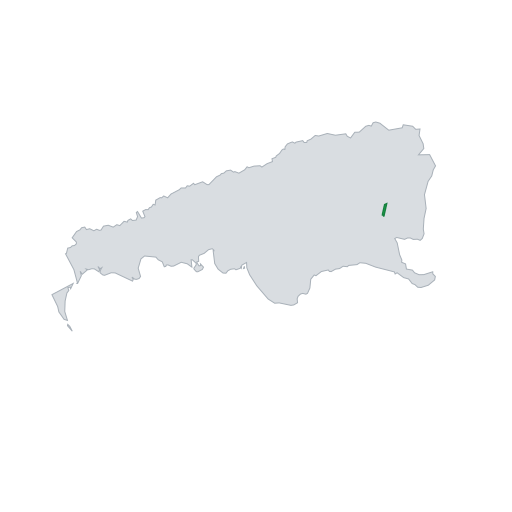 Chacabuco, Chaco, Argentina shown in context, rotated 65°
{"feature_id": "61730980B10302759212435", "entity_name": "Chacabuco", "entity_type": "district", "adm_level": 2, "iso_a3": "ARG", "parent_name": "Argentina", "parent_adm1": "Chaco", "projection": "albers", "projection_center": [-61.358, -27.089], "detail": "fine", "context": "in_parent", "style": "filled", "palette": "green", "viewbox_px": 512, "rotation_deg": 65, "n_neighbors": 0, "source": "geoboundaries", "source_scale": "gbopen_adm2", "svg_char_len": 4409}
<svg xmlns="http://www.w3.org/2000/svg" viewBox="0 0 512 512"><g transform="rotate(65 256 256)"><path d="M309.0,159.6L306.0,164.7L306.5,168.1L303.7,176.0L304.3,177.7L302.1,181.4L302.7,185.6L301.5,189.5L301.9,194.5L301.0,196.0L299.2,196.4L297.7,203.3L299.2,210.0L297.8,211.3L300.2,216.2L307.8,220.7L311.6,225.1L311.7,226.9L309.6,229.5L309.3,231.8L310.3,234.9L312.2,236.8L315.9,238.1L316.3,242.5L315.5,245.2L308.3,254.8L306.7,259.0L300.1,263.2L283.3,267.9L270.3,269.7L262.8,269.3L257.9,267.3L258.3,272.8L260.8,274.4L259.5,274.5L260.5,275.5L260.0,280.0L258.5,280.9L257.3,284.6L257.5,287.8L258.9,290.5L257.5,293.1L251.9,295.9L245.4,296.6L233.1,292.6L233.5,291.9L232.9,291.7L230.9,292.6L230.2,296.3L231.7,301.9L231.4,306.9L232.2,308.4L236.6,310.2L236.4,312.2L237.8,312.3L240.9,311.8L241.3,310.2L239.7,309.7L243.9,308.3L245.5,310.3L245.7,315.4L245.0,316.7L241.7,317.7L240.8,317.5L238.8,314.0L237.2,313.3L232.5,315.3L232.0,316.4L239.0,318.8L234.0,321.6L230.1,326.4L230.3,334.9L229.4,337.3L226.8,339.6L226.3,341.2L227.3,342.1L227.0,343.7L221.7,343.4L218.1,346.2L214.7,347.2L208.9,357.0L210.0,361.5L217.2,367.9L225.8,369.3L227.0,371.5L226.7,374.1L225.8,375.7L222.7,377.3L225.4,377.2L226.6,378.5L211.8,390.8L210.0,394.3L209.5,401.4L208.4,402.9L205.3,404.4L203.2,403.1L201.4,400.6L201.6,402.7L198.7,403.7L202.2,403.5L203.9,405.1L199.3,408.0L198.1,410.3L197.7,413.5L196.0,415.5L197.4,415.0L199.1,421.2L195.5,421.8L200.0,422.6L205.5,429.3L205.1,429.9L204.9,429.2L191.4,426.8L173.5,427.7L173.6,426.8L169.3,423.3L169.9,420.5L169.1,418.3L169.8,416.1L169.0,413.6L167.4,412.9L161.8,414.9L158.0,408.3L157.9,404.5L156.7,402.1L157.4,399.0L160.4,398.5L161.0,395.2L164.6,392.3L164.4,389.1L166.6,387.1L167.0,385.5L164.5,381.6L165.7,376.9L169.5,373.2L168.8,368.9L170.9,366.6L168.8,360.9L170.9,358.3L169.6,357.0L169.4,353.9L171.6,353.0L172.8,349.5L170.3,346.7L166.0,346.1L165.6,344.6L173.2,343.8L174.0,341.3L173.4,340.0L167.5,339.7L167.3,336.4L168.4,334.2L167.2,332.1L167.4,330.1L165.7,327.3L167.1,325.9L163.0,323.2L162.6,318.2L163.4,316.9L162.6,314.3L165.9,311.5L163.9,306.8L163.5,297.5L162.7,295.1L164.6,291.1L163.3,288.7L164.7,286.6L163.7,281.9L165.5,281.4L166.2,273.0L170.6,270.2L171.4,268.5L167.5,258.3L167.5,254.3L166.7,252.6L167.3,250.2L166.3,246.9L167.4,242.8L170.5,240.9L170.6,239.5L173.7,236.5L173.1,229.8L171.4,226.4L173.0,225.1L173.7,219.8L175.9,214.2L177.9,213.1L177.0,206.9L177.4,201.2L174.6,200.4L174.9,196.4L173.9,195.4L173.0,191.3L170.9,187.7L170.6,186.0L171.6,184.8L169.4,183.5L167.7,180.2L167.8,177.0L168.0,174.8L170.2,173.1L169.7,171.6L171.2,164.9L173.5,164.4L174.5,162.0L173.2,160.9L173.3,156.9L171.8,151.4L173.8,148.4L175.1,139.6L180.1,133.0L183.2,123.0L186.1,122.7L189.0,120.4L185.6,114.2L187.4,110.1L184.8,101.7L185.3,98.5L187.0,96.6L184.7,93.5L185.2,90.8L188.0,87.6L198.1,82.5L201.6,69.3L199.3,67.1L204.6,59.2L208.7,57.7L210.2,53.7L215.7,57.3L224.9,57.1L229.5,58.5L233.0,66.0L237.5,55.8L250.2,55.2L252.8,58.9L257.7,62.9L261.1,68.5L271.6,77.4L284.8,81.7L292.9,87.8L302.3,93.0L306.9,94.3L310.4,97.9L311.2,100.6L309.0,102.6L307.4,106.5L304.8,108.6L303.7,111.1L303.7,114.3L298.7,120.6L298.8,122.9L303.8,122.5L315.6,125.3L321.3,125.5L323.2,126.7L326.4,123.8L331.4,125.2L334.9,120.2L338.2,119.4L341.9,116.1L343.8,111.8L345.0,102.5L346.9,103.3L350.3,102.1L353.2,104.2L355.3,112.2L354.3,119.7L352.7,122.6L349.0,124.1L347.0,126.1L341.3,127.4L338.0,131.3L330.8,135.2L331.1,137.5L328.9,137.3L316.6,152.3L309.0,159.6ZM204.8,457.3L203.6,433.3L207.3,437.8L205.6,437.6L205.2,439.9L208.1,440.2L209.6,443.0L216.1,448.0L225.5,452.8L234.7,454.1L232.3,456.7L223.4,458.3L218.0,457.1L204.8,457.3ZM238.4,455.5L241.1,454.5L246.5,454.3L239.5,456.3L238.4,455.5ZM262.2,271.5L262.1,272.6L260.4,270.9L262.2,271.5Z" fill="#d9dde1" stroke="#a8b0b8" stroke-width="1"/><path d="M263.8,116.1L263.8,117.7L264.0,117.9L264.2,118.0L264.4,118.1L265.0,118.6L265.3,118.9L266.0,119.4L266.1,119.5L266.4,119.7L266.9,120.1L267.0,120.1L267.4,120.5L267.5,120.5L268.2,121.1L268.7,121.5L268.8,121.5L269.6,122.2L269.8,122.3L270.3,122.7L270.9,123.2L271.0,123.3L271.8,123.8L271.8,123.7L272.8,123.7L273.8,123.3L273.8,123.2L273.7,123.1L272.9,122.5L272.5,122.2L271.7,121.6L270.8,120.9L270.7,120.8L269.9,120.2L269.1,119.6L268.9,119.4L268.0,118.7L267.2,118.1L266.3,117.5L266.2,117.3L266.0,117.2L265.3,116.6L264.5,116.1L264.3,115.9L264.2,115.8L264.1,115.7L263.8,115.5L263.8,115.8L263.8,116.0L263.8,116.1Z" fill="#22c55e" stroke="#15803d" stroke-width="1.5"/></g></svg>